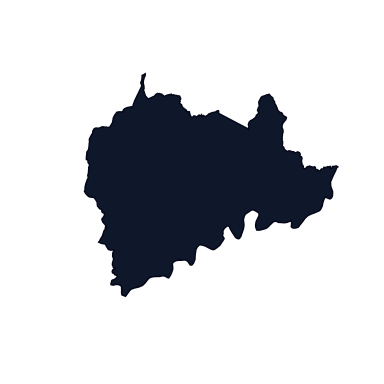 outline of Ansermanuevo, Valle del Cauca, Colombia, rotated 36°
{"feature_id": "7082276B75435633270321", "entity_name": "Ansermanuevo", "entity_type": "district", "adm_level": 2, "iso_a3": "COL", "parent_name": "Colombia", "parent_adm1": "Valle del Cauca", "projection": "equal_earth", "projection_center": [-76.033, 4.79], "detail": "fine", "context": "isolated", "style": "filled", "palette": "ink", "viewbox_px": 384, "rotation_deg": 36, "n_neighbors": 0, "source": "geoboundaries", "source_scale": "gbopen_adm2", "svg_char_len": 6015}
<svg xmlns="http://www.w3.org/2000/svg" viewBox="0 0 384 384"><g transform="rotate(36 192 192)"><path d="M295.2,86.0L293.4,86.1L291.8,88.0L290.9,88.5L291.4,90.6L291.2,91.2L290.5,91.2L290.0,91.5L289.6,90.2L289.1,89.9L288.6,90.3L288.0,91.4L287.0,91.6L286.4,92.8L285.8,93.3L285.5,94.5L284.3,94.4L284.4,96.5L284.2,96.8L283.2,97.3L283.1,99.4L282.8,100.0L282.5,100.3L280.3,100.3L279.2,101.1L278.6,100.9L277.6,99.8L276.6,99.5L276.1,99.7L275.4,101.1L274.1,101.1L273.1,101.7L271.9,101.9L271.6,102.6L270.3,103.8L270.3,105.1L270.0,106.4L269.3,107.2L268.3,107.3L266.9,105.8L264.5,104.8L263.3,103.5L262.5,103.0L261.2,100.1L259.9,99.2L258.4,99.4L257.7,98.8L257.2,97.7L255.8,97.0L253.8,97.5L253.5,98.3L252.2,100.1L250.7,99.6L249.2,100.7L248.2,100.8L246.2,101.7L245.8,102.8L245.2,103.2L242.8,103.4L241.1,102.9L239.9,101.9L238.5,101.9L237.8,101.4L235.9,98.2L234.2,97.0L233.6,95.6L232.8,95.2L232.1,93.4L231.0,92.0L230.5,90.1L228.9,88.2L227.0,87.0L226.0,85.7L225.1,83.3L225.1,81.5L225.3,78.3L224.7,76.4L223.5,76.1L222.4,76.5L219.8,76.3L219.1,75.5L217.8,75.3L216.1,75.9L213.2,75.5L212.0,74.4L208.6,72.4L206.7,71.7L205.9,70.6L203.2,69.5L202.0,68.4L199.7,68.3L197.0,67.6L196.1,69.0L195.5,69.3L193.9,72.0L192.9,73.1L192.3,74.8L193.1,79.7L193.4,80.3L196.1,83.1L196.2,85.2L196.7,86.0L196.9,87.3L199.0,88.4L199.5,89.2L199.5,89.9L199.0,92.2L199.5,93.0L199.5,94.5L198.7,97.6L197.5,99.9L197.2,101.9L197.9,104.2L198.7,105.0L199.6,105.3L200.2,107.4L200.8,107.9L167.8,112.7L167.0,112.4L166.0,110.9L165.4,110.8L164.7,111.5L164.3,112.9L163.4,114.2L161.9,115.7L159.8,118.9L159.4,121.1L158.6,122.8L157.7,123.5L156.9,123.3L156.1,123.5L156.1,124.6L155.8,124.9L155.5,124.9L154.4,124.1L154.5,125.1L154.1,125.7L153.8,125.3L153.5,125.7L153.1,125.4L152.4,125.7L151.8,128.2L150.9,128.8L149.9,128.8L149.0,129.2L148.6,129.8L148.6,131.1L148.2,131.9L146.3,131.6L145.5,130.8L144.1,130.1L142.8,128.7L142.2,128.8L141.7,129.5L141.1,129.8L140.1,129.8L139.3,129.2L137.9,129.1L137.5,129.6L137.1,129.7L136.3,129.0L135.3,129.2L134.2,129.0L133.7,128.5L133.0,128.3L132.1,127.5L131.5,127.8L130.8,127.5L129.7,127.6L129.5,127.2L129.1,125.6L128.2,125.1L128.2,123.7L127.7,122.9L127.3,122.6L126.7,122.8L126.1,121.9L125.1,121.8L123.8,122.8L122.6,123.0L121.5,123.8L119.8,124.3L118.9,125.4L117.9,125.0L114.9,128.3L114.6,129.4L114.0,129.7L113.8,130.4L112.9,131.3L112.1,130.8L111.5,131.0L111.2,130.8L110.6,131.1L109.9,130.7L109.2,131.3L108.1,131.3L107.5,132.1L106.3,132.4L105.4,134.4L105.4,135.9L105.0,137.0L102.8,141.0L101.6,142.6L97.4,141.5L96.2,140.4L95.4,140.1L94.6,139.2L92.9,138.3L92.3,136.4L90.9,134.7L88.8,132.8L87.5,131.1L86.4,128.5L85.4,124.7L84.6,123.9L83.8,126.0L83.1,127.0L84.4,128.7L85.8,131.5L86.2,133.4L87.0,134.3L88.5,135.0L89.2,136.3L91.9,151.3L93.3,156.2L94.1,157.4L90.0,161.8L88.5,164.3L88.3,166.1L88.8,167.1L88.3,168.4L85.8,170.1L84.2,171.9L84.4,172.6L84.3,174.7L84.7,178.0L86.9,182.5L87.4,187.8L85.7,189.6L84.3,189.9L83.7,190.6L81.6,191.6L80.6,192.7L79.4,195.0L76.5,196.9L75.7,198.4L75.9,200.7L77.2,203.1L77.1,204.4L77.8,209.2L78.5,210.4L79.8,211.7L80.0,212.5L82.4,216.4L83.5,218.9L83.5,221.4L85.0,223.8L85.4,224.8L86.2,225.8L87.0,227.4L87.6,227.8L88.6,227.1L89.4,227.8L90.6,229.2L92.6,229.9L93.5,230.7L94.0,232.9L95.3,234.4L95.6,235.3L96.8,236.9L98.0,239.9L99.9,241.6L99.9,242.9L101.3,247.7L102.8,251.2L104.3,253.2L104.6,254.6L106.8,255.7L110.9,256.4L112.4,256.0L115.5,254.2L116.6,254.1L121.1,255.8L123.7,258.8L127.1,259.8L128.6,259.4L129.5,259.5L130.8,260.9L131.6,261.2L133.3,260.8L134.0,260.9L135.1,263.2L135.0,266.8L135.4,267.3L137.8,268.8L141.3,269.5L142.1,270.1L142.9,271.7L143.2,270.5L143.6,271.1L143.9,272.0L143.9,273.5L143.6,274.8L145.4,280.2L145.7,284.1L145.8,284.7L146.1,285.3L146.0,287.4L148.9,286.8L152.1,285.2L152.7,285.2L157.4,287.4L158.8,287.5L160.7,286.6L162.0,285.3L163.0,284.9L163.8,287.8L164.4,288.9L165.6,290.6L166.4,291.2L167.7,291.8L168.5,293.5L169.4,296.1L170.5,297.8L172.2,298.7L172.7,299.3L173.3,299.5L174.2,298.8L174.7,298.8L174.5,299.3L174.8,300.1L173.7,301.6L174.0,302.8L174.5,303.6L175.7,304.1L176.5,303.3L177.6,304.1L178.6,304.3L180.2,303.4L180.9,303.7L181.3,304.8L181.2,305.7L181.4,306.6L180.8,307.7L180.7,308.7L179.8,309.4L179.2,310.7L180.4,313.8L180.8,314.5L181.4,314.4L183.0,313.6L183.6,313.0L184.8,311.3L186.0,310.8L186.9,310.0L189.5,309.6L190.0,309.6L191.0,310.4L193.1,313.1L194.1,314.7L195.6,316.2L196.0,316.4L199.5,315.4L199.5,308.8L199.7,306.7L201.5,303.9L204.7,300.2L206.8,296.8L207.4,293.9L207.7,287.8L207.9,286.9L208.7,285.2L211.0,282.7L215.6,279.2L216.9,277.6L218.2,276.6L219.6,275.9L223.1,275.5L223.6,275.1L223.5,272.2L222.9,269.4L222.2,266.8L221.1,264.8L218.5,261.9L218.0,261.0L218.2,259.6L219.3,257.1L221.2,255.1L223.1,253.8L225.8,251.4L227.4,250.6L229.6,250.6L233.3,252.0L234.3,251.6L234.8,251.0L235.0,248.9L234.0,244.8L231.8,241.6L228.9,236.1L228.6,233.3L229.0,230.6L229.7,229.9L231.6,228.8L234.8,227.8L240.4,227.0L242.6,226.4L243.4,225.8L243.9,225.0L244.8,222.5L245.8,218.8L245.5,211.6L245.1,210.6L242.7,209.7L242.3,209.4L241.4,207.2L240.1,205.7L239.7,204.5L239.5,202.7L239.8,200.8L240.4,199.0L241.1,197.9L242.6,198.1L244.7,199.4L248.4,201.0L253.7,203.0L254.9,203.1L256.8,202.7L257.4,202.2L257.6,201.4L257.6,199.3L255.2,191.5L253.4,188.1L249.8,184.2L248.6,181.2L248.3,179.6L248.3,178.1L250.8,171.4L252.4,170.3L253.8,170.0L257.2,169.7L258.9,169.9L260.2,171.9L261.3,178.1L262.7,181.0L263.9,182.6L265.0,183.5L266.6,184.6L267.0,184.6L269.3,182.9L273.2,178.0L273.9,176.1L275.0,169.5L275.7,167.5L276.3,166.8L277.8,166.1L279.8,165.7L284.7,162.6L286.5,160.9L288.9,157.4L289.6,157.4L290.7,158.2L292.7,161.6L293.1,161.9L294.4,161.9L295.4,161.4L296.9,160.3L298.5,158.2L298.7,157.3L298.6,156.0L298.9,150.1L298.8,147.0L299.5,143.6L299.7,142.8L301.6,139.3L302.8,137.7L305.5,133.2L306.1,132.0L306.2,131.3L306.1,129.5L305.5,126.5L304.6,125.0L304.1,123.6L303.0,120.4L302.8,118.7L302.9,118.1L303.4,117.6L307.5,116.6L308.1,115.7L308.3,114.2L307.6,112.1L305.9,109.6L305.3,108.9L300.8,105.8L298.7,103.2L298.1,102.3L296.8,96.8L295.5,89.6L294.9,88.0L294.9,87.1L295.2,86.0Z" fill="#0f172a" stroke="#020617" stroke-width="1.5"/></g></svg>